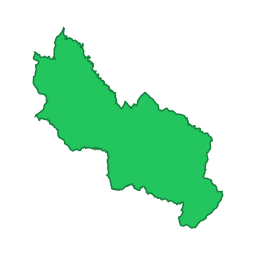 the district of Tello, Huila, Colombia, rotated 7°
{"feature_id": "7082276B21026196123050", "entity_name": "Tello", "entity_type": "district", "adm_level": 2, "iso_a3": "COL", "parent_name": "Colombia", "parent_adm1": "Huila", "projection": "robinson", "projection_center": [-75.095, 3.039], "detail": "fine", "context": "isolated", "style": "filled", "palette": "green", "viewbox_px": 256, "rotation_deg": 7, "n_neighbors": 0, "source": "geoboundaries", "source_scale": "gbopen_adm2", "svg_char_len": 5786}
<svg xmlns="http://www.w3.org/2000/svg" viewBox="0 0 256 256"><g transform="rotate(7 128 128)"><path d="M206.6,218.7L208.3,216.5L209.0,214.4L210.4,212.9L210.8,211.9L211.6,211.2L213.7,210.4L216.4,208.0L216.4,206.4L217.2,205.1L220.4,202.7L222.1,200.7L222.8,198.7L225.4,196.6L226.7,193.9L226.6,192.0L229.1,188.0L229.2,185.9L230.2,183.8L229.7,181.7L228.9,180.5L229.1,179.6L225.0,180.2L223.8,178.7L223.0,176.2L222.1,174.8L221.2,174.0L220.2,174.1L218.0,172.3L217.3,171.4L217.5,170.3L216.8,169.5L214.0,168.9L213.1,168.4L210.2,168.6L208.6,166.9L209.7,163.4L209.4,163.0L209.7,161.0L210.3,159.9L209.3,159.0L209.5,153.4L210.5,151.8L211.1,149.7L210.2,146.5L209.4,145.3L209.5,143.9L209.2,142.9L210.7,142.0L210.9,140.6L212.1,139.0L212.3,137.4L211.1,132.6L211.6,131.2L213.1,130.4L212.5,128.2L211.4,127.0L209.0,125.6L207.7,123.5L205.4,123.8L204.1,124.3L202.7,123.4L201.9,122.4L199.8,122.5L199.9,120.1L198.8,119.6L196.8,120.3L195.8,120.1L194.6,120.4L194.0,117.6L193.2,117.7L192.1,118.9L188.3,116.5L187.9,117.7L187.4,117.4L186.9,115.9L187.0,114.4L186.0,112.9L185.3,110.9L184.2,111.4L182.9,109.4L181.7,108.8L177.8,108.1L174.1,108.3L171.6,106.3L169.8,105.6L166.3,106.1L164.9,104.2L163.7,103.7L160.3,106.5L158.7,106.8L158.1,106.3L156.6,106.1L155.9,105.5L155.9,103.8L155.0,101.6L153.2,100.5L152.7,100.7L152.1,99.9L152.0,99.1L150.4,98.2L149.9,96.9L147.7,95.5L146.3,95.5L145.5,93.8L144.4,93.6L142.2,91.7L141.0,91.7L141.0,90.7L140.7,90.6L139.7,91.4L138.7,93.0L137.2,94.1L137.2,94.9L136.3,95.9L134.4,99.8L134.5,102.3L133.7,104.6L133.4,104.8L131.8,103.5L130.8,103.7L128.9,107.9L128.5,108.0L128.1,107.8L128.3,107.0L125.9,105.8L123.9,103.6L122.0,102.1L121.2,105.7L119.3,109.5L117.9,108.7L116.5,106.9L114.6,105.7L113.9,104.7L113.1,104.9L113.3,104.5L112.8,103.4L113.3,103.1L113.4,102.3L113.0,101.4L112.7,101.5L112.0,99.1L111.4,98.7L111.7,97.4L111.3,97.3L111.1,95.9L110.7,95.7L111.2,94.7L109.4,95.0L108.9,94.0L107.9,93.7L108.0,93.2L107.0,92.9L106.7,93.5L106.1,93.1L106.3,92.5L105.9,92.0L104.9,91.9L104.3,92.2L104.1,91.7L104.4,91.2L104.1,90.9L104.4,89.6L102.8,88.5L101.8,88.5L101.2,87.5L99.7,87.7L99.4,87.0L98.8,87.3L98.9,85.3L98.5,84.8L97.9,85.1L97.2,84.8L97.4,84.3L97.7,84.5L97.7,84.1L97.1,83.8L96.6,84.5L96.0,84.3L94.9,83.1L95.1,81.9L94.0,81.9L93.9,82.4L92.9,82.2L93.0,81.5L91.2,80.8L92.3,79.5L92.1,78.2L91.1,78.7L89.6,78.3L88.8,77.5L89.1,75.6L87.6,76.4L87.3,76.1L87.4,75.5L85.1,74.3L85.1,73.2L86.1,70.8L86.0,70.3L85.4,70.4L85.5,68.5L84.8,68.6L84.6,68.2L83.9,68.8L83.7,68.1L84.2,67.9L84.2,67.3L82.4,67.0L82.2,66.2L81.7,65.8L80.6,66.5L80.1,66.1L79.8,63.8L81.2,63.4L81.8,62.7L81.0,62.2L80.8,61.6L79.8,61.4L79.3,62.4L77.0,63.9L76.9,63.4L77.3,62.8L75.7,61.5L74.9,60.1L74.6,59.1L74.8,57.1L73.0,54.3L73.3,51.2L73.0,50.0L72.8,49.8L72.4,50.2L72.4,52.7L71.4,53.7L69.8,49.6L69.4,49.5L68.3,50.5L67.2,48.7L65.3,47.5L64.7,47.4L62.9,48.2L61.3,46.4L58.9,45.7L57.5,46.3L56.1,47.7L55.1,47.7L54.9,46.6L55.9,46.2L56.4,45.6L55.9,44.4L53.9,44.2L52.8,43.1L52.4,41.8L52.3,38.5L52.7,37.2L51.9,36.5L51.2,39.8L48.2,44.9L46.5,45.9L45.5,48.9L44.9,52.9L46.0,54.0L46.1,55.1L45.2,58.8L46.1,66.1L45.5,66.6L46.1,66.7L47.2,68.3L45.0,68.2L43.6,69.3L41.7,68.2L41.0,66.6L40.3,66.9L39.5,68.2L38.5,68.1L36.8,67.0L36.2,67.1L35.7,68.0L35.0,68.3L33.9,68.1L32.6,68.6L32.1,68.2L31.3,66.0L29.4,66.3L29.1,65.5L28.3,65.3L27.4,64.3L26.1,64.2L26.8,65.4L25.8,69.0L25.8,70.7L27.3,71.6L30.7,72.3L31.6,73.6L29.9,76.5L28.9,76.6L28.6,77.0L29.9,80.9L29.4,83.7L29.6,87.4L28.1,88.6L28.5,94.8L29.8,96.9L33.2,100.4L34.9,103.9L36.7,104.8L38.2,104.5L40.7,104.9L42.0,105.6L42.0,106.0L42.8,106.3L43.3,107.1L43.7,111.1L45.1,111.2L44.7,112.3L43.9,112.9L42.5,114.8L42.1,116.0L42.0,120.0L39.8,121.9L38.9,123.1L34.9,126.6L34.8,127.6L35.6,126.8L36.2,127.1L37.5,128.6L39.0,131.2L39.3,131.1L39.7,129.6L40.8,129.0L45.6,129.7L47.3,129.2L48.0,130.8L48.8,130.5L49.3,130.8L49.5,132.4L50.5,133.7L51.9,132.9L52.6,134.4L54.1,134.8L54.7,136.0L56.7,136.9L57.6,138.3L58.6,138.2L59.3,143.1L60.4,145.4L65.9,147.9L66.7,149.1L67.2,151.3L68.3,151.5L68.9,152.1L70.3,152.1L73.3,156.2L76.0,157.5L79.7,155.1L81.4,156.1L83.2,156.2L84.1,155.3L84.0,154.2L84.5,153.5L85.9,153.3L87.4,152.0L88.3,153.3L89.5,152.6L90.4,152.7L90.8,152.0L96.4,153.0L97.0,151.3L98.2,152.3L98.3,153.0L99.3,151.7L100.2,151.7L100.5,152.2L100.2,152.9L100.5,153.1L101.7,151.6L102.8,152.5L103.7,151.9L104.1,152.9L105.9,153.7L107.9,153.0L108.9,154.7L110.6,154.3L110.8,156.0L111.4,157.1L111.2,157.9L112.6,158.9L111.9,160.4L112.0,161.9L111.4,162.4L111.8,163.3L111.8,164.8L113.0,166.8L112.7,167.7L113.0,171.0L114.2,173.8L113.9,175.2L114.4,175.7L114.3,176.1L113.6,177.2L112.9,177.4L114.9,178.8L115.0,179.8L115.6,180.0L116.4,181.2L117.3,184.1L117.8,184.8L118.1,187.1L119.0,187.6L119.0,189.6L120.0,190.4L121.2,190.7L121.8,189.9L122.2,190.6L123.1,190.4L124.0,190.9L124.9,190.4L125.5,190.7L126.2,189.9L126.8,190.7L128.0,189.8L129.4,190.0L133.7,185.4L134.2,185.9L135.0,184.9L135.5,185.1L135.8,184.4L136.2,184.6L136.7,183.8L137.8,183.7L138.6,183.1L139.0,184.0L140.8,184.5L140.6,185.3L140.9,185.7L141.4,185.6L141.6,187.1L143.1,187.2L143.7,187.8L146.6,188.6L147.4,188.2L147.5,185.6L149.0,185.6L149.9,184.1L150.7,184.1L151.7,184.8L152.4,186.2L152.8,186.2L153.6,187.4L154.3,189.9L155.5,189.9L156.1,191.1L157.1,190.2L159.1,189.8L160.3,191.1L161.3,190.9L162.7,193.0L164.6,193.1L166.2,194.1L168.2,193.4L170.0,195.1L171.0,195.0L171.9,194.1L174.2,193.8L175.6,194.9L176.4,195.0L177.0,196.2L179.3,194.8L179.9,194.9L181.4,195.5L182.6,196.6L184.7,196.9L186.0,198.0L187.1,196.4L188.6,197.1L189.8,196.1L189.9,195.2L191.9,194.9L192.1,195.2L191.8,196.0L192.4,197.5L191.9,198.6L192.0,200.2L190.9,202.9L191.2,203.5L192.0,203.3L192.7,204.4L192.7,205.5L191.2,209.1L189.4,210.3L189.2,211.3L189.8,212.0L190.4,214.2L191.8,217.7L192.8,218.4L195.1,218.5L197.7,216.9L199.6,217.4L203.2,219.5L204.9,218.8L206.6,218.7Z" fill="#22c55e" stroke="#15803d" stroke-width="1.5"/></g></svg>